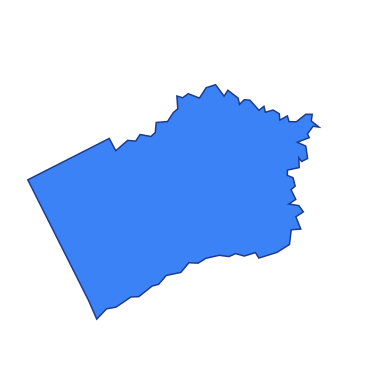 Bradley, Arkansas, United States of America (Robinson projection), rotated 243°
{"feature_id": "52423323B29165954447352", "entity_name": "Bradley", "entity_type": "district", "adm_level": 2, "iso_a3": "USA", "parent_name": "United States of America", "parent_adm1": "Arkansas", "projection": "robinson", "projection_center": [-92.174, 33.435], "detail": "fine", "context": "isolated", "style": "filled", "palette": "blue", "viewbox_px": 384, "rotation_deg": 243, "n_neighbors": 0, "source": "geoboundaries", "source_scale": "gbopen_adm2", "svg_char_len": 1144}
<svg xmlns="http://www.w3.org/2000/svg" viewBox="0 0 384 384"><g transform="rotate(243 192 192)"><path d="M122.0,49.4L126.7,62.8L123.9,72.0L126.2,90.0L122.9,97.0L126.3,113.7L124.9,120.3L129.3,131.2L125.4,145.5L130.4,157.1L125.8,165.2L126.6,174.3L123.2,187.6L117.7,195.6L117.3,202.9L111.2,209.5L109.2,221.0L102.8,221.6L99.6,240.4L101.0,255.0L113.3,263.3L109.6,272.1L122.8,273.3L123.8,282.2L131.4,281.0L137.3,272.8L138.3,281.1L149.1,281.3L150.4,286.6L158.8,288.5L163.5,284.5L168.2,287.0L165.1,298.6L174.0,302.7L169.4,303.5L169.4,310.2L181.2,314.2L188.5,308.4L187.2,321.2L191.3,321.2L195.6,329.7L192.2,334.6L201.1,330.5L206.6,334.4L209.6,328.7L207.2,316.9L210.6,310.4L216.5,311.5L216.2,302.9L222.1,305.3L228.2,301.5L229.8,293.6L235.7,295.0L234.4,288.8L247.5,285.3L250.5,280.5L248.5,274.1L254.6,275.7L266.4,270.2L262.8,264.1L276.9,261.7L278.5,252.0L272.3,241.3L281.3,233.2L280.2,226.5L284.4,222.1L272.6,217.1L271.2,211.4L265.9,202.2L270.2,191.7L261.7,186.3L260.1,180.6L266.8,171.8L262.9,165.0L267.2,158.1L263.4,142.8L277.3,142.6L277.4,55.0L277.4,51.2L186.2,50.8L142.0,50.6L122.0,49.4Z" fill="#3b82f6" stroke="#1e3a8a" stroke-width="1.5"/></g></svg>